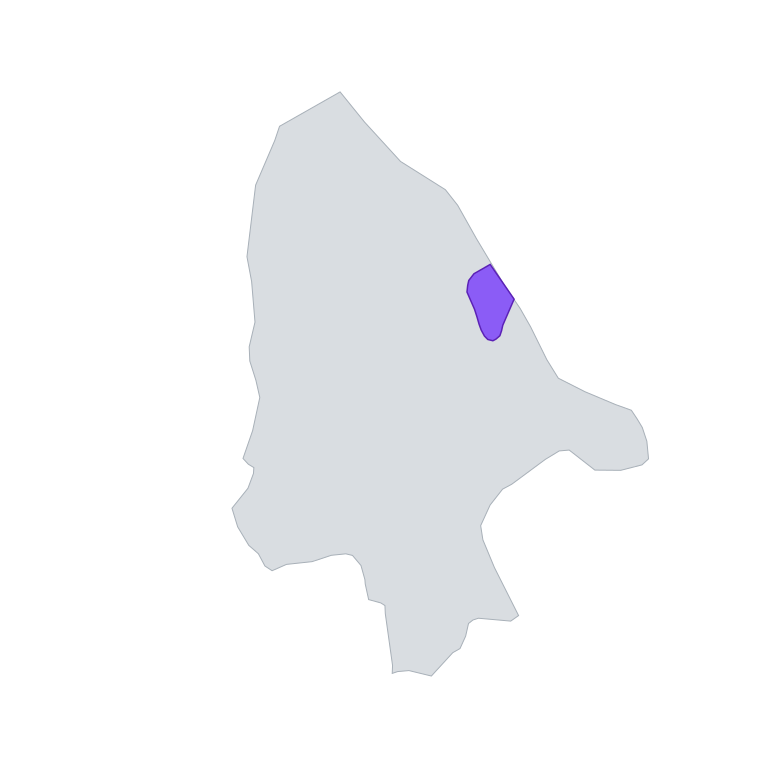 Bujumbura Mairie highlighted on a map of Burundi, rotated 149°
{"feature_id": "BDI-3364", "entity_name": "Bujumbura Mairie", "entity_type": "Province", "adm_level": 1, "iso_a3": "BDI", "parent_name": "Burundi", "parent_adm1": "", "projection": "natural_earth1", "projection_center": [29.344, -3.441], "detail": "fine", "context": "in_parent", "style": "filled", "palette": "violet", "viewbox_px": 768, "rotation_deg": 149, "n_neighbors": 0, "source": "natural_earth", "source_scale": "10m", "svg_char_len": 1409}
<svg xmlns="http://www.w3.org/2000/svg" viewBox="0 0 768 768"><g transform="rotate(149 384 384)"><path d="M526.0,131.7L521.6,138.4L501.2,186.4L497.3,193.6L499.5,198.0L508.2,207.1L503.1,222.2L501.1,226.2L497.2,240.3L499.3,253.3L504.2,258.1L517.4,264.3L537.2,268.8L560.5,279.6L576.1,281.6L579.8,289.3L579.1,303.2L583.0,315.3L583.0,336.9L578.3,355.8L554.3,364.7L542.0,374.5L538.6,379.4L541.6,385.1L543.2,392.8L520.6,411.7L497.4,436.4L491.9,453.1L487.2,472.8L480.4,485.3L462.7,503.5L444.7,540.0L435.9,563.7L391.6,620.6L352.2,649.0L340.8,658.7L271.2,657.0L265.8,618.6L255.2,566.2L231.3,518.9L228.8,499.2L229.9,461.0L230.0,407.4L228.4,378.6L228.9,357.5L231.9,321.0L231.6,299.2L215.8,274.0L196.2,247.2L185.5,234.1L185.0,223.5L185.0,213.7L188.2,199.5L195.8,183.6L204.5,181.8L225.6,188.1L247.6,201.6L259.3,232.0L268.3,236.4L284.5,236.3L326.1,232.3L336.5,232.8L355.4,225.6L374.1,212.8L379.5,199.5L383.9,169.7L387.9,116.2L397.5,115.5L423.7,134.6L429.3,135.9L434.9,135.2L443.9,125.8L455.1,118.1L463.4,118.3L493.8,109.3L510.2,125.5L520.5,130.5L526.0,131.7Z" fill="#d9dde1" stroke="#a8b0b8" stroke-width="1"/><path d="M231.4,431.8L228.8,389.7L241.0,381.0L251.9,373.2L255.8,369.1L259.8,365.7L264.9,364.8L268.4,365.0L272.1,368.7L273.2,373.4L272.9,380.2L271.7,386.3L269.8,393.4L267.9,401.5L266.6,411.7L265.5,420.1L261.5,425.4L258.0,429.1L250.0,432.2L231.4,431.8Z" fill="#8b5cf6" stroke="#5b21b6" stroke-width="1.5"/></g></svg>